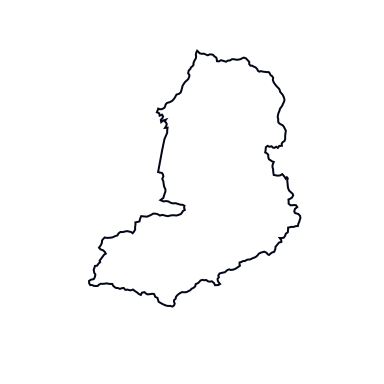 outline of São José dos Campos, São Paulo, Brazil, rotated 227°
{"feature_id": "56859067B71151444408433", "entity_name": "São José dos Campos", "entity_type": "district", "adm_level": 2, "iso_a3": "BRA", "parent_name": "Brazil", "parent_adm1": "São Paulo", "projection": "orthographic", "projection_center": [-45.928, -23.061], "detail": "fine", "context": "isolated", "style": "outline", "palette": "ink", "viewbox_px": 384, "rotation_deg": 227, "n_neighbors": 0, "source": "geoboundaries", "source_scale": "gbopen_adm2", "svg_char_len": 5233}
<svg xmlns="http://www.w3.org/2000/svg" viewBox="0 0 384 384"><g transform="rotate(227 192 192)"><path d="M121.6,99.5L121.3,101.4L122.1,103.2L124.1,104.0L125.1,105.1L125.1,107.3L126.2,108.7L126.5,110.6L126.5,112.4L126.1,114.7L125.6,116.4L124.0,117.9L122.6,119.6L122.1,121.3L121.4,123.5L121.5,125.8L120.9,127.6L120.8,129.9L122.1,132.0L121.4,133.8L121.2,135.5L121.5,137.8L120.7,139.7L119.3,140.6L117.9,142.4L116.0,142.7L114.5,143.6L113.2,145.6L110.5,146.0L108.1,145.3L106.0,147.8L105.6,149.8L107.6,149.8L109.4,150.3L111.0,151.4L111.4,153.6L113.0,154.3L113.6,156.6L112.4,158.9L110.9,161.3L110.8,164.7L110.0,166.5L108.6,167.1L107.1,169.2L106.2,171.5L105.7,174.3L105.4,176.8L107.0,177.6L108.0,178.8L107.1,180.4L106.8,182.0L105.5,183.6L104.8,186.3L103.0,188.6L102.3,191.0L101.4,193.1L100.9,195.2L101.0,197.0L101.3,198.9L100.6,201.2L99.1,204.1L96.7,205.1L94.9,204.9L93.4,205.4L93.4,207.3L93.2,209.1L92.2,211.4L93.5,214.1L94.9,215.6L95.4,219.0L95.7,221.2L94.5,223.3L96.0,224.5L98.5,224.8L97.3,226.0L96.0,227.9L96.4,230.1L97.5,232.2L97.2,234.6L98.6,236.2L100.4,238.0L99.5,239.5L98.7,241.0L97.3,242.3L96.3,244.5L94.9,246.3L96.3,248.2L96.9,249.8L97.9,251.4L98.9,253.4L100.7,254.7L103.3,254.8L106.4,253.0L108.1,253.6L109.4,255.7L109.2,258.7L111.5,259.0L112.7,257.9L113.7,256.6L115.1,255.0L117.6,254.7L118.9,256.0L120.7,257.4L120.1,259.2L119.7,261.3L120.6,263.8L122.2,264.4L123.8,264.2L126.8,264.0L129.3,264.9L131.3,266.3L133.3,267.9L135.5,269.5L136.6,271.3L138.1,271.4L137.9,269.6L139.5,270.0L141.4,270.1L143.5,270.2L144.0,267.9L145.2,266.1L146.8,264.8L148.7,263.4L151.4,265.2L153.4,266.9L154.9,267.6L156.4,268.8L157.5,270.7L158.2,272.3L160.0,271.4L161.6,271.1L163.5,270.6L165.4,271.5L167.3,273.2L169.4,273.1L171.0,272.5L172.2,274.1L174.4,276.6L174.2,278.8L172.3,279.4L171.2,281.4L169.4,281.4L168.0,282.5L167.6,284.5L165.7,284.9L166.2,287.3L164.5,289.2L166.1,290.5L166.6,292.2L166.2,294.5L167.4,296.5L169.5,298.4L171.0,300.2L172.9,302.5L175.3,303.1L177.2,303.7L179.1,303.8L181.6,302.8L183.9,302.6L185.2,303.5L186.4,304.7L188.4,305.8L189.8,307.6L190.8,309.2L191.6,311.0L192.9,313.2L193.3,315.5L193.7,317.1L194.6,319.1L195.4,321.2L196.6,322.7L198.4,323.7L201.3,324.6L203.2,324.7L204.9,324.7L206.6,325.6L208.2,326.1L210.4,326.0L213.6,326.1L216.7,326.6L218.9,327.6L220.1,329.2L221.9,329.6L224.0,329.2L225.8,329.8L227.3,329.9L229.1,328.1L231.5,326.1L233.5,324.7L234.1,323.3L235.9,322.9L237.2,323.5L239.6,323.5L241.8,322.6L243.4,322.1L244.5,320.9L246.6,321.1L248.1,322.6L250.4,322.6L253.0,322.6L254.9,321.6L255.6,319.8L256.1,318.0L257.1,316.3L258.4,314.7L260.4,313.3L261.8,311.9L262.4,309.3L263.6,308.0L264.1,305.7L266.1,304.6L268.5,303.2L269.2,300.8L270.6,299.5L272.3,300.7L273.7,301.4L275.9,300.9L278.1,300.9L279.4,300.0L280.6,298.7L281.2,296.8L283.5,295.7L285.1,295.0L286.4,293.4L288.2,292.2L289.7,292.2L291.8,292.1L291.2,290.5L289.9,288.5L288.3,287.4L287.1,285.9L286.3,283.1L285.2,280.9L283.9,279.7L283.7,278.1L283.8,276.2L283.1,274.5L283.1,272.5L281.4,270.1L279.3,269.9L278.3,268.7L277.2,266.5L277.1,264.4L277.2,262.0L276.6,259.3L276.0,257.3L275.0,255.9L274.2,254.6L273.3,253.1L272.5,251.6L272.7,249.3L273.8,247.2L273.3,245.5L272.7,243.8L272.3,241.6L272.2,239.5L272.9,237.0L274.2,234.4L274.0,232.4L273.1,231.0L272.4,229.2L273.1,226.6L274.4,224.9L276.0,224.2L275.2,222.7L274.3,220.7L271.9,221.7L269.9,220.4L269.0,222.8L267.0,222.4L266.2,220.8L266.0,218.4L264.1,217.2L263.9,219.8L262.7,222.3L262.3,220.3L260.1,220.3L258.7,219.7L257.8,217.9L257.3,216.0L255.7,218.0L254.2,216.1L252.3,214.3L251.2,211.9L250.3,209.8L249.4,207.8L243.3,199.2L229.7,180.8L228.2,181.7L226.5,183.0L224.6,182.7L222.9,181.7L221.9,179.2L219.5,178.4L217.4,176.9L214.9,175.3L212.1,174.4L210.5,172.9L209.4,170.8L208.6,169.3L207.2,167.0L207.6,163.4L205.9,164.1L204.5,164.8L203.0,166.9L201.2,168.3L198.8,169.0L196.8,170.2L194.8,172.5L192.6,173.7L190.6,174.9L189.0,176.4L187.1,177.1L185.8,175.4L183.8,174.5L184.3,172.5L183.8,170.7L183.5,168.8L184.3,166.8L185.4,164.6L186.8,163.4L188.4,161.8L189.7,159.9L190.7,158.0L191.9,157.0L194.0,155.7L195.7,154.5L196.6,152.5L199.1,151.8L200.8,150.7L202.6,149.0L203.0,147.1L203.6,145.0L204.7,142.2L207.0,140.1L209.0,138.4L207.8,135.7L206.3,133.6L207.5,131.3L208.4,129.9L206.8,128.5L205.1,126.4L203.3,124.8L202.6,122.5L202.3,120.5L204.2,120.2L205.7,119.2L207.6,117.9L208.7,116.3L209.8,114.2L211.6,112.3L211.8,109.9L211.1,107.9L212.2,105.5L213.0,103.0L214.2,101.2L215.7,99.3L217.0,98.0L218.3,97.1L218.2,95.2L217.9,93.2L216.2,91.3L215.2,88.8L214.7,86.0L212.3,86.0L210.0,87.2L207.6,87.4L205.7,86.9L206.1,85.0L205.7,82.8L205.2,80.0L204.7,77.5L203.3,77.0L203.4,74.7L202.8,72.4L204.1,70.6L203.2,69.1L202.2,67.1L199.6,65.4L197.6,65.1L196.1,63.1L195.3,60.7L196.7,58.5L197.2,56.1L195.3,54.5L193.3,54.1L192.2,55.4L190.3,56.2L188.8,57.6L187.6,59.0L187.7,60.7L187.1,62.7L185.5,64.3L184.5,65.6L183.2,67.5L181.7,68.4L180.4,69.6L179.1,71.0L177.4,70.4L175.6,70.5L173.8,70.9L172.3,72.3L170.3,73.2L169.6,74.9L168.4,76.6L165.9,76.5L164.6,78.3L163.1,79.1L161.8,80.2L160.9,82.3L158.5,82.7L156.1,83.3L153.5,83.6L151.6,84.4L152.5,86.7L151.2,88.9L149.1,89.1L147.5,89.6L146.2,91.3L144.5,93.7L143.2,94.7L140.3,93.6L138.1,94.5L136.7,93.8L134.4,92.7L131.8,93.5L129.5,94.3L126.8,95.5L125.0,96.7L123.6,98.4L121.6,99.5Z" fill="none" stroke="#020617" stroke-width="2"/></g></svg>